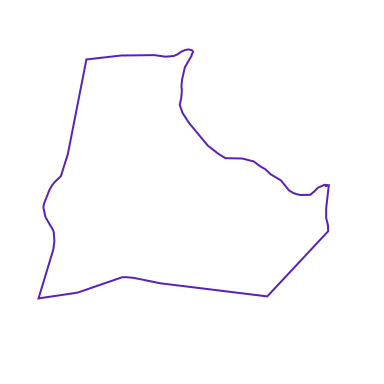 Al Isma`iliyah, orthographic projection, rotated 103°
{"feature_id": "EGY-1531", "entity_name": "Al Isma`iliyah", "entity_type": "Governorate", "adm_level": 1, "iso_a3": "EGY", "parent_name": "Egypt", "parent_adm1": "", "projection": "orthographic", "projection_center": [32.173, 30.661], "detail": "fine", "context": "isolated", "style": "outline", "palette": "violet", "viewbox_px": 384, "rotation_deg": 103, "n_neighbors": 0, "source": "natural_earth", "source_scale": "10m", "svg_char_len": 1003}
<svg xmlns="http://www.w3.org/2000/svg" viewBox="0 0 384 384"><g transform="rotate(103 192 192)"><path d="M154.9,62.4L155.9,62.6L154.7,60.2L154.8,60.2L177.7,57.6L187.2,55.4L193.9,52.0L199.6,50.5L276.8,95.2L288.1,202.4L288.8,229.9L289.7,236.3L290.6,240.4L291.2,241.6L315.8,280.9L330.2,317.6L279.4,314.2L271.0,315.0L262.4,317.6L260.4,318.8L249.8,328.8L248.7,329.5L240.8,333.2L239.5,333.5L236.1,333.5L222.3,331.4L217.5,330.0L213.8,328.4L206.0,323.3L182.9,321.5L86.6,324.7L74.9,291.6L67.1,259.5L66.1,248.2L63.6,240.4L61.0,236.9L58.0,234.4L55.1,230.5L53.8,227.3L53.9,224.1L54.5,223.0L55.2,222.5L56.4,222.7L58.1,223.2L58.6,223.2L59.5,223.1L71.7,226.9L72.6,227.0L84.2,227.0L91.3,226.1L95.4,224.7L102.2,223.7L110.0,223.5L117.2,218.9L125.4,210.4L143.2,187.1L148.8,175.1L151.5,167.0L148.1,150.7L148.3,138.8L151.7,131.2L153.3,125.7L157.0,119.4L160.8,107.8L168.6,97.9L170.2,93.0L170.6,89.2L170.5,85.5L168.1,76.1L163.4,72.6L159.5,70.3L155.1,64.3L154.9,62.4Z" fill="none" stroke="#5b21b6" stroke-width="2"/></g></svg>